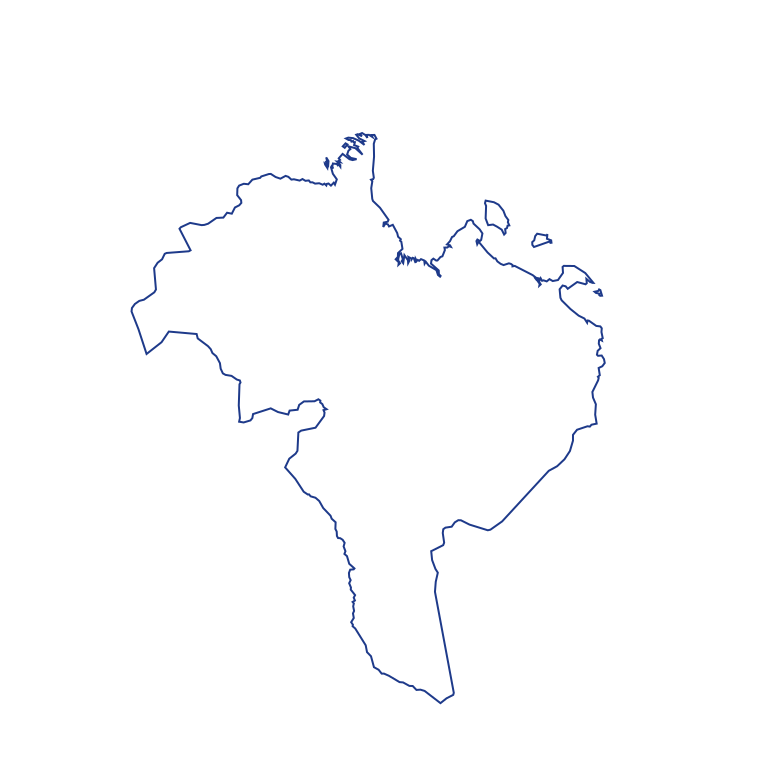 outline of Quissanga, Cabo Delgado, Mozambique, rotated 311°
{"feature_id": "85939544B35031207172791", "entity_name": "Quissanga", "entity_type": "district", "adm_level": 2, "iso_a3": "MOZ", "parent_name": "Mozambique", "parent_adm1": "Cabo Delgado", "projection": "equal_earth", "projection_center": [40.396, -12.576], "detail": "fine", "context": "isolated", "style": "outline", "palette": "blue", "viewbox_px": 768, "rotation_deg": 311, "n_neighbors": 0, "source": "geoboundaries", "source_scale": "gbopen_adm2", "svg_char_len": 6172}
<svg xmlns="http://www.w3.org/2000/svg" viewBox="0 0 768 768"><g transform="rotate(311 384 384)"><path d="M180.2,636.0L187.8,637.4L194.8,640.2L196.7,639.3L260.6,558.8L268.7,552.8L276.9,548.4L278.2,544.1L282.7,535.8L288.8,529.3L301.2,534.4L303.7,533.5L310.1,526.1L313.3,524.0L315.9,524.6L320.7,528.7L326.0,528.2L329.9,529.4L331.6,531.4L334.0,540.8L341.7,558.3L343.9,559.9L357.8,563.3L426.6,565.3L435.5,568.6L445.6,569.6L455.4,568.3L465.2,563.8L469.6,560.0L476.1,559.7L485.6,565.3L486.9,567.3L489.4,567.3L493.6,570.5L499.4,563.5L507.7,557.2L510.9,550.6L514.7,546.5L527.2,543.2L529.5,542.0L529.8,540.7L532.2,541.1L536.9,535.5L540.6,537.1L544.7,536.8L547.1,533.7L548.3,529.6L545.7,527.0L545.8,525.5L549.2,523.5L553.1,523.9L555.3,519.7L558.1,517.6L559.2,517.7L559.7,519.9L560.6,518.5L562.1,519.0L565.9,514.0L568.9,511.8L569.4,509.5L567.1,506.1L566.2,497.1L565.5,496.0L563.5,497.1L564.9,492.3L563.3,486.1L562.9,475.5L563.7,463.2L564.8,460.6L570.7,454.4L575.5,454.2L576.9,457.0L576.4,460.2L587.7,462.9L591.5,470.7L593.1,470.9L596.1,467.8L596.2,472.9L597.2,473.4L596.9,474.7L597.7,475.7L599.8,463.1L597.9,450.2L591.1,442.2L589.5,442.0L585.3,446.2L576.6,447.1L572.4,443.8L571.7,440.1L568.2,439.5L566.9,436.4L565.6,435.6L566.6,432.8L562.9,433.9L562.0,436.9L560.2,436.7L561.7,435.8L562.6,432.1L565.1,431.2L564.3,429.8L562.8,430.1L563.2,428.1L563.9,428.1L563.7,424.7L558.9,405.2L557.1,403.8L558.1,403.0L557.9,401.0L557.0,399.1L552.2,396.2L551.2,393.2L550.9,389.1L552.0,385.7L550.9,384.6L551.2,375.9L553.5,362.0L550.6,362.7L552.5,360.0L554.3,359.7L554.9,362.6L556.5,362.8L562.2,359.5L563.5,354.7L563.8,346.3L565.2,344.2L564.9,341.8L561.6,340.0L555.7,341.9L547.5,339.2L541.3,339.7L539.6,338.9L535.1,340.1L530.7,340.0L532.0,342.8L531.4,344.5L530.6,342.6L528.5,342.2L526.6,340.1L525.0,342.1L518.7,344.3L516.9,343.3L512.3,343.3L511.4,342.4L511.0,339.0L508.6,338.6L505.7,340.5L505.6,350.8L502.9,353.4L502.7,355.8L501.8,355.9L501.7,353.2L504.3,348.9L502.7,340.2L503.7,335.3L501.5,335.7L503.6,333.3L502.5,330.0L500.0,329.7L499.8,328.1L498.4,328.0L499.2,325.9L496.1,328.4L498.5,323.9L498.0,322.8L495.9,323.1L496.6,322.1L495.9,319.1L493.5,322.3L491.1,322.9L493.1,320.9L494.6,314.9L487.8,319.2L488.3,316.8L490.5,316.4L493.8,311.1L492.3,310.3L488.2,312.4L486.6,313.6L485.6,316.9L483.5,316.7L485.5,315.4L485.8,311.0L489.0,311.1L492.0,308.7L498.1,309.3L502.7,303.8L502.7,302.1L504.3,301.7L504.4,298.0L506.6,294.9L509.9,286.2L506.2,284.4L507.0,282.4L506.1,279.8L502.0,280.4L505.7,277.9L508.9,280.3L510.9,279.7L514.4,265.3L514.9,255.6L516.0,253.7L523.4,245.9L529.3,242.2L529.7,240.2L531.5,241.4L533.0,241.0L537.6,235.7L549.1,227.3L558.6,218.7L562.8,216.8L564.2,217.4L565.7,213.4L563.8,211.3L562.8,213.3L562.2,209.2L560.7,207.6L558.8,210.0L559.7,206.7L559.0,202.8L557.0,201.8L556.5,204.8L555.3,200.3L553.9,199.5L553.1,204.1L554.6,210.0L552.3,208.6L551.6,212.4L551.1,205.3L549.3,199.4L546.5,195.4L544.3,194.2L544.9,197.2L546.3,198.9L545.6,200.4L547.1,201.2L546.6,202.3L547.4,203.4L544.7,204.7L546.2,208.8L544.7,209.0L543.0,217.4L543.2,207.7L540.0,201.2L539.2,204.5L536.8,204.1L533.0,205.6L532.9,210.7L535.7,215.8L532.4,213.4L531.0,210.5L530.5,201.8L524.6,201.8L524.3,203.8L522.8,203.4L522.7,205.5L521.0,202.7L520.6,207.4L519.3,208.5L520.0,205.4L518.8,205.5L519.1,204.1L516.9,200.8L514.4,202.2L513.2,204.3L513.8,201.6L512.8,201.8L509.1,207.5L507.5,214.1L502.3,216.2L503.0,214.0L498.9,213.8L498.9,210.6L497.4,209.5L496.0,210.2L496.1,207.6L494.2,207.0L493.0,203.4L490.0,200.5L489.3,197.7L487.9,196.1L488.3,193.7L485.8,191.4L485.2,188.0L482.2,186.9L479.4,181.7L477.5,180.0L477.6,175.9L476.5,173.2L471.0,171.1L469.1,166.4L468.3,160.8L467.0,159.4L460.1,155.2L458.4,155.3L451.9,150.6L445.7,150.5L443.1,146.8L438.7,144.5L435.5,145.0L430.2,149.3L429.0,155.5L427.1,157.5L423.9,157.5L419.4,155.7L412.7,157.4L410.3,153.2L404.2,153.6L399.4,148.6L389.6,146.1L386.3,144.1L384.3,142.2L378.4,132.0L369.0,127.8L367.0,127.8L358.0,150.3L356.1,149.6L340.3,134.0L338.4,133.1L332.5,134.7L327.0,133.6L320.6,134.5L305.7,149.9L302.5,150.5L290.1,147.5L286.2,144.8L281.0,143.5L276.0,143.9L273.1,145.9L264.3,162.7L250.9,185.1L269.6,188.7L282.4,187.2L298.8,209.8L296.2,213.5L297.1,226.4L296.6,230.4L294.8,234.2L294.9,239.2L292.1,246.5L288.4,250.7L286.3,255.4L286.9,258.4L290.1,263.6L290.8,270.0L292.1,272.9L291.0,274.7L289.0,275.1L272.5,288.5L263.8,297.6L260.5,299.4L262.9,303.3L268.9,307.1L271.9,307.0L275.4,304.9L291.3,314.5L293.3,322.4L298.1,331.7L302.0,330.2L307.9,335.7L312.6,333.7L318.3,335.0L325.4,342.9L329.4,344.5L329.7,346.9L328.2,347.9L328.4,350.6L326.9,353.8L327.3,357.2L324.6,355.5L323.4,357.9L320.5,359.8L306.1,361.0L294.5,352.1L291.2,351.2L276.8,362.5L273.5,363.0L265.5,361.5L256.2,364.1L254.2,379.3L250.0,394.1L250.6,399.0L251.5,399.8L251.1,402.3L253.2,406.9L253.2,411.9L250.5,419.5L249.5,430.1L248.0,432.9L247.9,438.2L242.7,442.4L241.6,445.1L238.4,448.2L237.6,450.4L238.9,452.1L239.3,455.0L238.3,458.5L234.9,460.1L232.5,464.6L229.8,465.6L229.8,469.0L225.5,475.7L225.4,482.7L224.2,482.7L221.7,480.3L218.4,481.5L215.4,484.5L214.1,487.5L210.8,488.4L208.7,492.6L207.0,493.8L205.7,500.7L202.9,501.3L201.5,504.1L198.9,503.3L198.6,505.2L196.0,506.6L193.1,510.3L190.5,511.1L187.6,514.7L182.7,515.5L181.9,518.5L180.6,519.2L180.6,522.7L174.8,541.6L170.5,547.1L170.0,552.8L163.7,562.2L164.8,567.4L163.9,572.2L165.4,573.9L167.0,579.1L169.2,591.3L171.3,594.2L172.8,601.2L174.9,603.8L174.4,609.2L177.2,612.0L179.0,616.0L180.2,636.0ZM589.3,370.3L590.4,365.5L593.1,360.4L594.5,352.8L593.3,347.7L589.1,340.4L586.7,341.6L585.4,344.2L575.6,352.1L572.2,358.4L575.9,361.7L576.9,366.1L577.7,371.6L575.6,376.6L577.8,376.7L580.4,373.8L582.4,374.5L584.5,373.4L585.9,374.5L587.4,371.3L589.3,370.3ZM597.9,401.0L594.8,401.1L591.0,403.1L588.3,402.8L586.3,404.7L585.8,407.3L600.4,415.6L599.7,417.0L600.5,417.7L602.1,415.9L600.5,411.7L604.3,409.0L602.7,409.3L597.9,401.0ZM594.9,484.7L591.8,482.4L591.8,484.2L593.5,487.3L592.4,488.0L592.4,489.3L593.7,490.6L596.8,485.7L596.5,484.3L594.9,484.7ZM540.4,197.1L536.3,197.0L536.5,199.4L540.8,199.3L540.4,197.1ZM515.8,195.9L517.1,191.7L515.0,194.7L513.6,194.4L512.7,198.2L515.8,195.9ZM509.9,199.5L511.7,198.2L511.5,194.9L511.0,195.6L509.9,199.5Z" fill="none" stroke="#1e3a8a" stroke-width="2"/></g></svg>